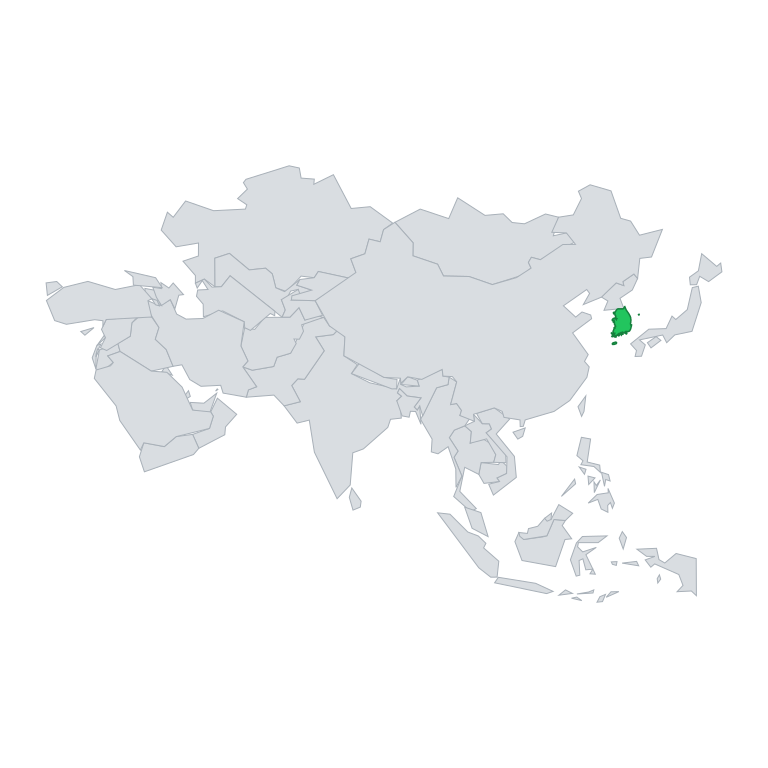 location of South Korea within Asia
{"feature_id": "KOR", "entity_name": "South Korea", "entity_type": "country or territory", "adm_level": 0, "iso_a3": "KOR", "parent_name": "Asia", "parent_adm1": "", "projection": "mercator", "projection_center": [127.333, 35.912], "detail": "fine", "context": "in_parent", "style": "filled", "palette": "green", "viewbox_px": 768, "rotation_deg": 0, "n_neighbors": 45, "source": "natural_earth", "source_scale": "50m", "svg_char_len": 16043}
<svg xmlns="http://www.w3.org/2000/svg" viewBox="0 0 768 768"><path d="M392.7,223.1L383.6,229.6L380.2,241.8L369.0,239.1L364.9,253.8L350.8,258.8L355.9,272.5L352.5,278.9L318.3,271.5L314.2,277.7L301.1,276.1L286.7,291.6L275.8,287.8L272.3,273.9L265.6,268.2L249.2,269.9L229.4,253.4L214.8,258.2L215.0,286.8L204.3,279.1L195.4,283.2L195.4,275.5L183.0,261.2L198.4,256.0L198.5,243.0L176.1,246.8L161.2,230.1L167.4,212.2L173.2,217.3L185.6,201.0L213.6,210.7L245.4,209.1L246.8,204.8L237.6,198.6L247.4,189.1L243.4,182.6L246.0,179.3L289.1,165.8L299.3,168.0L301.1,178.1L314.3,179.1L313.8,184.3L333.4,174.7L351.2,208.5L370.2,206.7L392.7,223.1Z" fill="#d9dde1" stroke="#a8b0b8" stroke-width="1"/><path d="M215.0,286.8L214.8,258.2L229.4,253.4L249.2,269.9L265.6,268.2L272.3,273.9L275.8,287.8L284.6,291.6L299.9,279.5L296.8,285.2L311.7,290.1L304.5,295.5L297.8,294.9L298.2,289.4L290.6,291.1L286.1,300.0L281.4,299.6L285.3,310.0L282.1,317.2L230.1,275.8L221.4,286.7L215.0,286.8Z" fill="#d9dde1" stroke="#a8b0b8" stroke-width="1"/><path d="M696.2,558.6L696.4,595.7L691.4,591.0L677.1,591.7L683.0,585.4L678.8,574.5L654.7,563.9L650.8,567.2L645.2,559.9L654.9,556.4L646.6,556.4L636.9,549.2L656.5,548.3L659.0,559.6L664.8,563.0L676.1,553.5L696.2,558.6ZM605.5,594.4L602.5,601.6L597.0,602.2L599.9,596.7L605.5,594.4ZM657.8,583.0L657.2,578.7L659.4,574.8L660.7,579.1L657.8,583.0ZM565.4,520.5L562.2,525.6L571.7,538.8L565.0,539.5L555.6,566.6L522.0,560.5L514.9,541.6L518.9,532.5L523.7,539.5L542.3,537.0L546.9,535.8L554.0,519.5L565.4,520.5ZM622.1,563.1L636.6,561.4L638.7,565.8L622.1,563.1ZM616.3,565.4L612.4,564.3L611.3,561.9L617.0,561.6L616.3,565.4ZM622.3,531.6L626.5,537.5L623.2,549.0L619.2,538.2L622.3,531.6ZM582.4,536.5L607.0,535.9L598.2,542.6L578.4,542.6L577.6,546.8L582.7,551.9L596.3,547.4L585.9,554.7L595.3,574.2L590.0,573.8L592.8,569.2L585.8,569.8L582.9,558.8L579.1,560.5L579.8,575.2L576.2,576.1L570.4,559.8L576.4,543.0L582.4,536.5ZM581.8,600.6L571.5,598.2L576.8,597.1L581.8,600.6ZM576.9,594.0L588.7,592.0L593.8,589.9L593.0,593.0L576.9,594.0ZM565.5,589.9L572.4,593.4L558.9,595.2L565.5,589.9ZM498.4,577.3L535.6,583.3L553.1,591.4L546.6,593.6L494.6,582.8L498.4,577.3ZM483.6,547.9L498.8,561.2L497.1,577.1L490.8,577.2L478.8,567.8L437.6,512.8L450.0,514.2L467.8,532.0L478.3,536.0L485.9,543.3L483.6,547.9Z" fill="#d9dde1" stroke="#a8b0b8" stroke-width="1"/><path d="M606.2,597.3L611.0,591.8L618.9,591.6L606.2,597.3Z" fill="#d9dde1" stroke="#a8b0b8" stroke-width="1"/><path d="M101.0,344.0L96.2,353.5L95.9,369.0L92.2,357.8L96.9,345.3L101.0,344.0Z" fill="#d9dde1" stroke="#a8b0b8" stroke-width="1"/><path d="M105.5,337.7L97.1,345.3L104.5,335.0L105.5,337.7Z" fill="#d9dde1" stroke="#a8b0b8" stroke-width="1"/><path d="M99.4,350.0L95.9,356.9L97.4,349.0L99.4,350.0Z" fill="#d9dde1" stroke="#a8b0b8" stroke-width="1"/><path d="M99.4,350.0L117.8,343.3L120.1,351.5L107.7,355.9L113.3,362.5L102.4,371.0L95.9,369.0L99.4,350.0Z" fill="#d9dde1" stroke="#a8b0b8" stroke-width="1"/><path d="M190.2,402.4L203.9,403.2L216.7,393.2L209.6,413.2L192.6,410.1L190.2,402.4Z" fill="#d9dde1" stroke="#a8b0b8" stroke-width="1"/><path d="M185.8,399.2L185.4,394.7L188.5,390.7L190.3,396.4L185.8,399.2Z" fill="#d9dde1" stroke="#a8b0b8" stroke-width="1"/><path d="M166.0,365.4L172.3,375.2L161.8,371.7L166.0,365.4Z" fill="#d9dde1" stroke="#a8b0b8" stroke-width="1"/><path d="M120.1,351.5L117.8,343.3L130.3,336.2L131.9,322.8L140.4,315.5L151.7,317.0L159.0,327.5L155.3,339.3L166.2,349.5L173.1,366.3L151.3,371.1L120.1,351.5Z" fill="#d9dde1" stroke="#a8b0b8" stroke-width="1"/><path d="M210.7,411.9L217.4,398.2L236.7,414.3L225.5,426.9L224.8,434.7L198.8,448.3L192.6,434.4L209.5,428.4L213.3,416.2L210.7,411.9ZM217.9,389.5L215.6,391.1L217.2,388.9L217.9,389.5Z" fill="#d9dde1" stroke="#a8b0b8" stroke-width="1"/><path d="M478.8,474.4L481.1,462.6L498.4,464.6L501.0,460.5L507.3,466.6L506.6,473.5L497.1,478.0L499.6,481.5L484.0,483.4L478.8,474.4Z" fill="#d9dde1" stroke="#a8b0b8" stroke-width="1"/><path d="M493.7,462.3L481.1,462.6L478.8,474.4L464.7,467.3L459.8,491.4L476.3,508.6L470.7,511.6L453.7,496.5L461.9,476.1L454.0,457.3L458.0,451.1L449.3,437.7L454.3,430.1L464.8,425.8L471.4,431.6L470.2,443.2L482.3,438.5L490.9,443.7L495.8,454.7L493.7,462.3Z" fill="#d9dde1" stroke="#a8b0b8" stroke-width="1"/><path d="M506.0,462.7L493.7,462.3L495.8,454.7L486.6,438.9L470.2,443.2L471.4,431.6L464.8,425.8L474.4,421.3L473.5,414.3L482.3,423.7L489.3,423.8L491.5,429.0L486.2,432.8L505.6,452.7L506.0,462.7Z" fill="#d9dde1" stroke="#a8b0b8" stroke-width="1"/><path d="M464.8,425.8L454.3,430.1L449.3,437.7L458.0,451.1L454.0,457.3L461.9,476.1L456.0,487.4L455.8,469.0L448.1,446.7L438.0,453.8L431.3,451.9L432.1,439.1L420.6,419.4L436.6,387.8L448.0,384.6L449.1,377.1L456.7,381.9L450.6,404.6L456.6,403.5L461.5,410.4L459.9,415.5L470.7,417.1L464.8,425.8Z" fill="#d9dde1" stroke="#a8b0b8" stroke-width="1"/><path d="M488.7,484.2L499.6,481.5L497.1,478.0L506.6,473.5L507.0,456.8L486.2,432.8L491.5,429.0L489.3,423.8L482.3,423.7L476.5,413.4L494.3,407.9L509.7,419.0L496.2,434.0L514.4,456.4L516.3,477.4L493.4,495.1L488.7,484.2Z" fill="#d9dde1" stroke="#a8b0b8" stroke-width="1"/><path d="M637.6,278.5L632.3,290.0L620.0,298.3L623.8,308.4L604.0,310.3L607.9,301.0L601.5,297.1L606.1,292.3L616.2,282.9L623.8,285.6L622.9,281.6L633.9,274.0L637.6,278.5Z" fill="#d9dde1" stroke="#a8b0b8" stroke-width="1"/><path d="M394.9,222.3L420.2,209.1L448.7,218.6L457.7,197.8L485.0,215.4L503.2,213.8L512.1,222.5L524.5,223.8L545.5,214.0L558.6,217.2L553.3,235.8L566.4,232.9L576.1,241.4L540.4,259.7L531.4,257.3L528.4,262.4L531.1,268.1L523.1,274.9L492.3,284.6L469.0,276.5L443.5,276.0L437.6,264.2L412.9,255.8L413.1,242.8L394.9,222.3Z" fill="#d9dde1" stroke="#a8b0b8" stroke-width="1"/><path d="M449.1,377.1L448.0,384.6L436.6,387.8L422.7,416.0L419.7,406.2L417.3,410.2L414.2,407.0L421.0,397.9L407.1,396.0L399.5,388.6L397.5,392.9L401.6,396.2L396.8,400.8L400.2,402.5L401.3,418.1L390.5,419.3L387.8,427.4L363.4,448.9L352.8,452.8L350.2,485.0L337.1,498.7L314.4,452.2L309.3,420.1L297.1,423.1L284.1,405.8L300.3,401.7L291.7,385.5L297.9,378.8L304.5,379.3L324.2,350.8L315.6,336.9L333.3,334.6L338.8,328.8L344.9,336.9L343.9,355.8L357.3,364.6L351.5,373.6L369.7,382.8L396.6,388.8L400.4,378.2L401.0,384.5L406.2,386.9L419.1,386.1L417.2,380.2L442.2,369.4L443.0,376.1L449.1,377.1Z" fill="#d9dde1" stroke="#a8b0b8" stroke-width="1"/><path d="M419.7,406.2L421.0,424.3L415.6,411.5L410.4,411.3L409.1,417.2L402.1,415.9L396.8,400.8L401.6,396.2L397.5,392.9L399.5,388.6L407.1,396.0L421.0,397.9L414.2,407.0L417.3,410.2L419.7,406.2Z" fill="#d9dde1" stroke="#a8b0b8" stroke-width="1"/><path d="M417.2,380.2L419.1,386.1L401.0,384.5L407.7,376.8L417.2,380.2Z" fill="#d9dde1" stroke="#a8b0b8" stroke-width="1"/><path d="M397.0,379.5L396.6,388.8L391.9,388.9L351.5,373.6L359.6,363.0L384.0,377.4L397.0,379.5Z" fill="#d9dde1" stroke="#a8b0b8" stroke-width="1"/><path d="M338.8,328.8L333.3,334.6L315.6,336.9L324.2,350.8L304.5,379.3L297.9,378.8L291.7,385.5L300.3,401.7L284.1,405.8L273.9,395.1L246.3,397.2L248.4,389.9L256.6,386.7L242.8,366.9L252.3,370.2L273.7,366.5L277.1,357.2L290.6,353.2L304.9,321.7L323.6,317.3L329.5,326.0L338.8,328.8Z" fill="#d9dde1" stroke="#a8b0b8" stroke-width="1"/><path d="M264.7,317.4L289.9,317.2L299.0,307.6L304.9,320.1L312.9,314.7L323.6,317.3L301.6,324.8L303.5,331.2L299.4,339.2L294.0,339.0L296.2,343.5L290.6,353.2L277.1,357.2L273.7,366.5L252.3,370.2L242.8,366.9L247.9,361.0L240.9,346.0L244.7,327.7L254.7,329.4L264.7,317.4Z" fill="#d9dde1" stroke="#a8b0b8" stroke-width="1"/><path d="M282.1,317.2L285.3,310.0L281.4,299.6L298.2,289.4L300.2,294.7L291.4,300.0L315.2,300.7L322.6,315.3L304.9,320.1L299.0,307.6L289.9,317.2L282.1,317.2Z" fill="#d9dde1" stroke="#a8b0b8" stroke-width="1"/><path d="M299.9,279.5L314.2,277.7L318.3,271.5L352.5,278.9L315.2,300.7L291.4,300.0L291.9,295.8L311.7,290.1L296.8,285.2L299.9,279.5Z" fill="#d9dde1" stroke="#a8b0b8" stroke-width="1"/><path d="M195.4,283.2L204.3,279.1L212.1,287.1L221.4,286.7L230.1,275.8L274.9,311.3L274.7,315.7L270.3,313.5L250.4,330.4L244.7,327.7L244.2,321.8L222.7,310.9L203.4,316.8L203.2,304.2L196.5,296.3L197.7,290.0L208.0,289.5L202.3,280.6L197.2,288.1L195.4,283.2Z" fill="#d9dde1" stroke="#a8b0b8" stroke-width="1"/><path d="M173.1,366.3L166.2,349.5L155.3,339.3L159.0,327.5L148.6,311.3L147.9,300.7L159.4,305.8L170.3,299.6L176.7,314.1L186.0,319.1L202.9,318.5L218.7,310.2L244.2,321.8L240.9,346.0L247.9,361.0L242.8,366.9L256.6,386.7L248.4,389.9L246.3,397.2L223.1,393.1L220.7,385.3L201.0,386.3L189.8,379.6L181.9,364.8L173.1,366.3Z" fill="#d9dde1" stroke="#a8b0b8" stroke-width="1"/><path d="M100.4,347.8L105.5,337.7L101.5,329.4L106.2,319.5L137.9,316.6L131.9,322.8L130.3,336.2L106.7,350.5L100.4,347.8Z" fill="#d9dde1" stroke="#a8b0b8" stroke-width="1"/><path d="M161.5,305.5L145.3,294.7L144.9,288.4L156.1,290.5L161.5,305.5Z" fill="#d9dde1" stroke="#a8b0b8" stroke-width="1"/><path d="M151.7,317.0L106.2,319.5L102.9,326.5L102.9,320.7L94.7,319.7L66.4,324.3L54.7,320.6L46.4,300.5L63.8,287.4L87.9,281.4L115.3,289.5L139.5,284.7L151.8,298.7L147.9,300.7L151.7,317.0ZM46.1,282.9L56.7,281.5L62.3,286.8L47.4,295.4L46.1,282.9Z" fill="#d9dde1" stroke="#a8b0b8" stroke-width="1"/><path d="M361.1,501.2L360.3,507.1L353.0,510.1L349.3,497.3L351.8,488.0L361.1,501.2Z" fill="#d9dde1" stroke="#a8b0b8" stroke-width="1"/><path d="M517.8,439.1L513.0,432.2L525.2,427.9L522.7,436.3L517.8,439.1ZM315.2,300.7L355.9,272.5L350.8,258.8L364.9,253.8L369.0,239.1L380.2,241.8L383.6,229.6L394.9,222.3L413.1,242.8L412.9,255.8L437.6,264.2L443.5,276.0L469.0,276.5L492.3,284.6L516.5,277.6L531.1,268.1L528.4,262.4L531.4,257.3L540.4,259.7L562.8,244.5L575.5,244.4L566.4,232.9L551.8,232.3L558.6,217.2L573.3,214.9L581.5,198.5L578.4,191.2L590.1,184.8L611.0,190.9L620.7,218.3L630.6,221.1L639.5,235.2L662.4,229.4L651.5,257.0L639.8,258.4L637.6,278.5L633.9,274.0L622.9,281.6L623.8,285.6L616.2,282.9L601.5,297.1L583.3,304.6L589.6,293.4L586.7,289.5L563.4,305.8L575.7,317.1L582.0,312.0L590.7,315.0L591.6,318.7L572.6,332.9L588.2,354.6L584.5,361.4L589.2,366.9L586.9,377.3L569.8,400.5L554.1,411.4L525.2,419.9L523.3,426.3L520.2,426.6L520.0,419.9L504.0,417.4L502.2,411.4L494.3,407.9L473.5,414.3L474.4,421.3L459.9,415.5L461.5,410.4L456.6,403.5L450.6,404.6L456.7,381.9L452.4,376.6L443.0,376.1L442.2,369.4L421.8,379.4L407.7,376.8L400.9,383.2L400.4,378.2L384.0,377.4L343.9,355.8L344.9,336.9L329.5,326.0L315.2,300.7Z" fill="#d9dde1" stroke="#a8b0b8" stroke-width="1"/><path d="M585.8,395.9L584.0,411.4L581.6,416.4L578.0,406.7L585.8,395.9Z" fill="#d9dde1" stroke="#a8b0b8" stroke-width="1"/><path d="M160.9,282.6L168.9,288.0L173.2,283.0L183.5,294.6L178.8,295.2L174.9,308.8L170.3,299.6L161.5,305.5L156.4,297.3L152.8,287.2L161.4,288.6L160.9,282.6ZM159.4,305.8L155.5,304.8L151.8,298.7L157.1,300.4L159.4,305.8Z" fill="#d9dde1" stroke="#a8b0b8" stroke-width="1"/><path d="M124.4,270.5L155.6,277.7L162.2,287.7L133.4,285.1L132.9,276.6L124.4,270.5Z" fill="#d9dde1" stroke="#a8b0b8" stroke-width="1"/><path d="M584.5,474.3L579.2,467.0L586.0,469.3L584.5,474.3ZM594.3,492.6L594.0,481.9L596.3,485.5L600.4,479.9L594.3,492.6ZM608.0,488.4L614.4,503.1L612.4,508.3L610.4,502.5L607.7,505.4L607.9,512.3L601.2,509.0L597.8,499.4L588.2,503.1L597.1,494.5L608.3,492.8L608.0,488.4ZM575.6,483.8L561.4,496.4L574.6,479.1L575.6,483.8ZM590.6,439.0L587.2,462.0L599.7,465.1L600.4,472.4L593.9,466.5L580.9,464.7L583.0,460.8L576.9,455.6L581.4,437.3L590.6,439.0ZM588.7,484.5L588.0,476.1L595.0,477.9L588.7,484.5ZM608.5,474.6L610.1,481.0L605.7,479.5L604.5,486.3L601.5,472.3L608.5,474.6Z" fill="#d9dde1" stroke="#a8b0b8" stroke-width="1"/><path d="M464.7,507.2L480.9,512.6L488.1,536.6L472.1,528.3L464.7,507.2ZM565.4,520.5L554.0,519.5L546.9,535.8L523.7,539.5L519.8,536.3L518.9,532.5L527.4,533.4L528.5,528.6L537.7,526.3L544.6,518.3L551.0,519.5L558.8,504.6L572.7,513.3L565.4,520.5Z" fill="#d9dde1" stroke="#a8b0b8" stroke-width="1"/><path d="M551.6,513.0L551.0,519.5L547.1,521.2L544.6,518.3L551.6,513.0Z" fill="#d9dde1" stroke="#a8b0b8" stroke-width="1"/><path d="M701.2,302.6L692.0,331.3L674.8,334.9L666.7,342.7L662.7,335.0L639.5,339.9L645.3,344.9L641.5,356.2L635.1,356.5L636.5,350.5L630.6,343.9L648.8,329.2L666.1,328.6L672.0,316.1L675.8,319.5L687.3,309.6L692.3,287.6L698.3,286.2L701.2,302.6ZM716.7,266.4L720.7,263.0L721.9,271.8L708.6,281.6L699.7,276.3L696.6,284.7L690.3,284.8L689.5,277.2L698.4,270.8L701.7,253.7L716.7,266.4ZM647.4,342.7L656.1,336.6L660.9,340.4L651.0,347.9L647.4,342.7Z" fill="#d9dde1" stroke="#a8b0b8" stroke-width="1"/><path d="M192.6,434.4L198.8,448.3L193.5,454.5L144.4,471.8L139.4,456.8L143.8,442.8L164.3,446.6L176.2,436.6L192.6,434.4Z" fill="#d9dde1" stroke="#a8b0b8" stroke-width="1"/><path d="M96.1,370.0L110.5,365.8L113.3,362.5L107.7,355.9L120.1,351.5L151.3,371.1L166.9,372.3L182.1,387.1L192.6,410.1L210.7,411.9L213.3,416.2L209.5,428.4L176.2,436.6L164.3,446.6L143.8,442.8L140.4,450.1L119.8,420.5L116.1,405.9L94.3,378.4L96.1,370.0Z" fill="#d9dde1" stroke="#a8b0b8" stroke-width="1"/><path d="M94.0,327.6L84.9,335.2L80.8,331.5L94.0,327.6Z" fill="#d9dde1" stroke="#a8b0b8" stroke-width="1"/><path d="M614.9,312.7L615.1,312.5L615.1,312.3L615.1,311.7L615.6,311.3L616.3,310.3L616.6,309.8L617.0,309.4L617.5,309.1L617.9,308.9L618.6,308.8L620.0,308.9L620.3,308.9L621.2,308.8L621.4,308.9L622.1,308.9L622.9,308.9L623.2,308.7L623.6,308.5L623.9,308.1L624.2,307.3L624.6,306.7L624.8,306.6L626.1,309.8L627.5,311.9L628.6,313.4L630.2,316.3L630.7,317.8L630.7,318.8L631.0,320.1L630.8,320.8L630.8,322.0L630.7,322.6L630.5,323.0L630.5,323.9L630.6,324.3L630.6,324.9L630.7,325.1L630.9,325.2L631.2,325.0L631.5,324.9L631.5,325.6L631.0,327.5L630.7,328.8L630.2,329.9L629.5,331.0L628.7,331.4L628.2,331.5L627.1,331.6L626.3,331.4L625.5,331.5L625.2,331.7L625.0,332.1L625.2,332.7L625.2,333.1L624.8,333.1L624.2,332.8L623.5,332.8L623.2,332.7L622.8,332.1L622.5,332.1L621.9,332.5L621.0,332.5L620.7,332.7L620.6,333.0L620.7,333.3L621.2,333.7L621.0,334.2L620.6,334.4L620.2,333.8L619.9,333.3L619.7,333.3L619.3,333.4L619.2,334.0L619.4,334.4L619.7,334.8L619.3,335.3L619.1,335.7L618.8,335.9L618.0,335.4L618.1,335.0L618.5,334.6L618.5,334.2L618.4,333.9L617.2,334.9L616.4,336.1L616.0,336.0L615.8,335.7L615.6,335.6L614.8,336.3L614.6,336.9L614.3,336.9L614.2,336.7L614.2,336.2L614.1,335.7L613.2,335.1L612.8,334.5L613.0,334.2L613.7,334.3L614.3,334.3L614.2,334.0L614.0,333.9L614.4,333.8L614.7,333.4L614.4,333.4L614.0,333.5L613.7,333.4L613.6,332.7L613.2,331.9L613.0,331.2L613.4,330.7L613.6,330.1L613.9,329.1L614.1,328.8L614.6,328.5L614.8,328.3L614.5,328.1L614.1,328.0L614.1,327.7L614.4,327.6L614.7,327.3L615.4,326.9L615.6,326.2L615.4,326.0L615.0,325.8L615.1,325.5L615.2,325.2L614.7,324.5L614.4,324.1L614.5,323.6L614.4,322.9L614.4,322.3L614.4,321.9L614.2,321.2L614.1,320.4L613.8,320.5L613.5,320.7L612.6,320.4L612.3,320.4L612.2,319.9L612.6,319.2L613.3,318.5L613.8,318.5L614.1,318.2L614.6,318.1L615.2,318.5L615.8,318.6L616.1,319.3L616.3,319.5L616.3,319.2L616.7,318.9L616.9,318.7L616.2,318.4L615.8,317.5L615.7,317.1L615.5,316.9L615.8,316.1L615.3,315.3L615.0,315.1L615.0,314.3L614.8,313.8L614.6,313.6L614.5,313.1L614.6,312.9L614.8,312.9L614.9,312.7ZM613.2,344.4L612.9,344.5L612.7,344.4L612.3,344.0L612.3,343.8L612.5,343.4L613.2,342.8L615.3,342.2L615.6,342.1L616.4,342.4L616.6,342.9L616.4,343.3L616.3,343.6L615.3,344.0L614.6,344.3L613.2,344.4ZM626.8,333.6L626.3,334.0L625.6,333.5L625.4,333.2L626.0,332.7L626.4,332.2L626.7,332.1L626.8,333.6ZM623.0,333.6L623.0,334.2L622.6,334.3L622.3,333.8L622.1,334.1L621.9,334.1L621.7,333.5L621.7,333.1L622.2,332.8L622.4,333.0L622.9,333.1L623.0,333.6ZM612.6,336.6L612.3,336.7L612.1,336.4L611.9,336.4L612.0,336.1L612.6,335.4L612.7,335.2L613.3,335.4L613.5,335.7L613.2,336.2L612.6,336.6ZM614.3,313.0L614.2,313.9L613.9,313.9L613.7,313.8L613.6,313.6L613.4,312.7L613.7,312.4L614.1,312.7L614.3,313.0ZM612.3,334.1L612.2,334.2L611.7,333.7L611.6,333.3L611.4,333.1L611.8,332.8L612.3,333.4L612.3,334.1ZM613.7,321.8L613.6,322.3L613.2,322.0L613.1,321.0L613.5,321.3L613.7,321.8ZM639.1,314.8L638.9,315.0L638.6,314.8L638.5,314.6L638.7,314.4L639.1,314.3L639.2,314.5L639.1,314.8ZM615.6,336.7L615.7,337.1L615.2,337.0L615.0,336.7L615.0,336.4L615.3,336.4L615.6,336.7ZM621.5,334.9L621.4,335.1L621.2,334.8L621.4,334.4L621.5,334.9Z" fill="#22c55e" stroke="#15803d" stroke-width="1.5"/></svg>